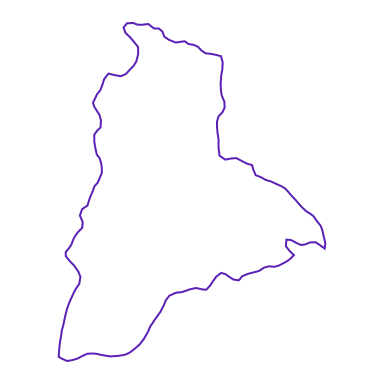 Leme do Prado, Minas Gerais, Brazil
{"feature_id": "56859067B57249042092490", "entity_name": "Leme do Prado", "entity_type": "district", "adm_level": 2, "iso_a3": "BRA", "parent_name": "Brazil", "parent_adm1": "Minas Gerais", "projection": "orthographic", "projection_center": [-42.742, -17.063], "detail": "fine", "context": "isolated", "style": "outline", "palette": "violet", "viewbox_px": 384, "rotation_deg": 0, "n_neighbors": 0, "source": "geoboundaries", "source_scale": "gbopen_adm2", "svg_char_len": 2459}
<svg xmlns="http://www.w3.org/2000/svg" viewBox="0 0 384 384"><path d="M97.2,130.6L94.3,134.7L94.3,141.7L95.4,148.3L96.8,154.7L99.4,157.8L100.9,162.1L101.7,166.6L101.9,172.7L99.4,178.8L97.8,182.5L94.3,186.5L92.6,191.6L90.8,195.5L89.0,200.4L87.5,205.5L82.1,209.2L79.9,215.5L82.7,222.1L82.2,227.8L78.0,232.1L75.3,235.7L73.4,239.2L71.2,244.9L68.4,249.0L65.7,252.0L65.8,256.2L69.7,261.0L73.9,265.3L78.1,271.2L80.4,276.7L79.3,283.8L76.2,288.3L74.1,292.0L72.4,295.7L70.5,299.9L68.4,304.8L66.9,309.4L65.7,314.0L64.6,318.9L63.3,325.2L61.9,330.1L61.3,334.5L60.4,339.8L59.6,344.9L59.1,350.8L58.7,356.8L62.1,358.8L67.1,361.0L72.3,360.1L77.7,358.5L82.5,355.9L87.5,353.7L93.1,353.5L97.1,353.9L100.8,354.8L105.9,355.7L110.5,356.4L117.7,355.9L124.9,354.8L129.7,352.6L134.3,349.1L139.7,344.4L143.9,338.9L146.2,334.9L148.5,330.7L150.0,326.8L152.3,323.5L154.6,319.9L157.7,315.6L160.3,312.0L162.2,308.3L164.1,304.5L165.8,300.3L169.3,295.7L176.3,292.6L181.5,292.2L185.7,290.8L190.0,289.3L195.9,288.0L202.4,289.4L206.3,289.7L210.2,285.5L213.2,280.9L216.4,276.5L221.2,272.9L225.4,274.1L228.8,276.5L233.6,279.6L238.9,280.3L242.2,276.2L248.1,273.8L253.2,272.5L258.9,271.0L264.0,267.6L269.1,266.3L274.3,266.8L278.5,265.7L282.5,263.7L286.9,261.3L290.5,258.6L293.9,255.1L289.9,251.3L285.9,246.2L286.5,239.6L291.2,240.1L296.5,243.0L301.1,245.0L304.9,244.5L310.2,242.4L315.8,242.3L320.4,245.4L324.7,248.6L325.3,243.5L324.5,239.6L323.5,235.5L322.3,230.2L320.7,225.8L316.8,221.0L313.6,216.3L310.2,213.7L306.4,211.4L301.9,207.2L298.4,203.3L295.8,200.2L291.4,195.6L287.9,191.4L285.1,188.5L281.5,186.3L277.1,184.3L270.8,181.4L265.7,179.9L260.8,177.1L255.7,175.2L253.3,169.6L252.0,165.1L246.9,163.6L240.9,160.5L236.2,158.1L231.2,158.5L225.2,159.6L219.5,155.6L218.5,147.2L218.5,139.3L217.5,132.7L217.0,126.9L217.0,121.7L218.5,116.4L222.5,112.2L224.6,107.6L224.4,101.8L221.8,95.7L221.0,90.8L220.6,84.4L221.2,75.5L222.3,69.6L222.7,62.4L221.0,56.2L216.4,55.0L212.0,54.0L205.6,53.3L201.4,50.5L198.0,46.8L193.8,44.9L188.5,44.0L184.8,41.3L180.5,41.8L175.7,42.5L168.9,39.8L164.3,36.7L162.4,31.6L159.0,28.6L153.9,28.4L148.3,24.0L141.7,24.8L137.3,24.6L133.2,23.0L127.0,23.3L123.6,27.5L125.4,32.8L129.8,37.0L134.1,42.0L138.1,47.1L138.2,54.0L136.3,61.5L133.7,65.7L130.3,69.2L125.9,74.0L120.8,76.2L114.5,75.1L108.4,73.6L104.2,79.1L102.3,85.1L100.4,90.1L97.0,94.3L94.8,99.0L93.0,102.9L94.3,106.8L96.7,110.6L99.4,114.8L100.9,120.3L100.6,127.4L97.2,130.6Z" fill="none" stroke="#5b21b6" stroke-width="2"/></svg>